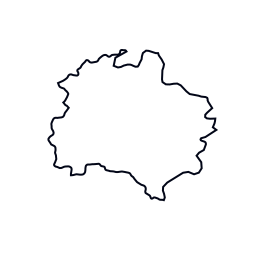 an SVG outline of Zapadno-Backi, rotated 143°
{"feature_id": "SRB-273", "entity_name": "Zapadno-Backi", "entity_type": "District", "adm_level": 1, "iso_a3": "SRB", "parent_name": "Republic of Serbia", "parent_adm1": "", "projection": "natural_earth1", "projection_center": [19.294, 45.728], "detail": "fine", "context": "isolated", "style": "outline", "palette": "ink", "viewbox_px": 256, "rotation_deg": 143, "n_neighbors": 0, "source": "natural_earth", "source_scale": "10m", "svg_char_len": 4722}
<svg xmlns="http://www.w3.org/2000/svg" viewBox="0 0 256 256"><g transform="rotate(143 128 128)"><path d="M129.5,60.8L135.4,59.8L137.8,57.0L138.8,53.8L140.4,50.4L142.8,48.8L143.3,49.4L143.8,50.0L145.2,51.1L145.7,51.6L146.0,52.1L146.5,53.5L146.9,54.2L148.4,56.4L148.8,56.7L149.1,56.9L150.8,57.0L151.2,57.1L151.6,57.3L151.8,57.6L151.9,58.0L151.9,58.3L151.4,60.1L151.3,60.7L151.4,61.3L152.9,65.1L153.0,65.3L153.0,65.7L152.9,66.0L152.7,66.4L152.5,66.8L152.0,67.3L151.2,67.9L150.7,68.4L150.2,69.1L149.8,69.9L149.7,70.5L149.7,71.2L149.8,71.8L150.0,72.4L150.3,72.9L151.5,74.6L152.2,76.4L152.9,78.2L153.3,79.3L153.4,80.8L153.5,83.5L153.4,85.5L153.5,86.0L153.9,87.2L154.0,87.8L154.0,88.4L153.8,89.9L153.8,90.4L153.9,91.0L154.3,91.6L154.7,92.2L155.7,93.3L157.1,94.9L158.9,96.8L159.8,97.4L162.2,98.7L163.3,99.4L164.2,100.2L165.5,101.8L166.2,102.5L168.3,104.3L168.5,104.6L168.9,105.2L170.2,106.8L170.7,107.4L171.0,108.1L171.0,108.6L170.3,110.5L170.2,111.0L170.4,111.5L170.6,111.8L171.6,113.0L172.0,113.4L172.3,113.9L172.4,114.5L172.4,115.8L172.5,116.3L172.8,116.9L173.3,117.3L176.4,119.2L178.2,120.5L180.3,121.7L181.5,122.6L181.9,122.9L182.7,123.3L183.1,123.3L183.6,123.3L184.1,123.2L184.7,122.9L185.7,122.0L186.1,121.6L187.3,120.1L188.2,119.2L188.7,118.7L189.3,118.4L189.8,118.2L190.3,118.0L191.0,118.0L191.7,118.0L192.2,118.2L192.7,118.4L193.3,118.8L194.5,119.7L196.9,122.0L197.9,122.5L199.9,123.3L201.3,124.1L202.0,124.6L201.2,125.7L198.7,128.1L198.1,128.7L197.7,129.3L197.4,129.9L197.3,130.5L197.4,130.9L197.7,131.8L198.0,132.4L198.4,132.9L198.9,133.4L201.3,135.0L202.4,135.5L205.0,136.1L205.8,136.5L206.6,137.1L207.1,137.9L207.9,139.4L209.1,140.9L209.2,141.3L209.4,141.9L209.4,142.6L209.1,143.2L208.6,143.6L206.7,144.6L204.0,146.3L202.0,149.6L201.4,151.5L201.2,152.0L200.9,152.4L199.3,153.8L198.9,154.3L197.9,155.8L197.7,156.3L197.6,156.9L197.6,157.5L197.7,157.9L198.4,159.4L199.0,160.6L199.2,160.9L199.2,161.5L199.0,163.1L198.9,165.4L198.8,166.1L198.5,166.6L198.2,167.1L197.8,167.3L197.4,167.5L195.9,167.9L194.6,168.0L192.3,167.8L191.8,167.9L191.4,168.0L190.9,168.4L190.4,168.8L190.1,169.3L189.8,170.1L189.6,170.7L189.4,172.6L189.3,173.2L189.1,173.7L188.9,174.1L187.8,175.6L187.0,177.0L186.7,177.4L186.4,177.7L185.2,178.5L183.0,179.7L182.0,180.1L181.5,180.2L180.9,180.2L180.4,180.1L180.0,179.9L179.6,179.7L178.1,178.4L177.6,178.2L174.9,176.6L173.9,176.2L173.5,176.1L172.9,176.1L172.1,176.3L171.2,176.7L169.9,177.7L169.3,178.0L168.8,178.2L166.9,178.7L163.2,179.8L163.5,182.7L163.6,182.9L164.1,183.7L164.2,184.2L164.3,187.3L163.2,187.4L161.8,187.7L158.2,189.3L155.5,190.9L155.2,191.2L155.0,191.6L154.9,192.2L154.9,193.4L154.9,194.0L155.2,195.5L155.3,196.1L155.3,197.4L155.4,198.0L155.7,198.5L156.9,200.2L157.2,200.8L157.6,201.6L157.7,202.2L157.6,202.9L157.6,203.4L157.0,205.3L156.8,206.0L152.9,205.1L151.5,204.8L150.6,204.7L148.9,204.6L147.2,204.6L146.4,204.7L145.7,204.9L144.3,205.6L143.6,205.8L143.0,205.8L142.6,205.8L141.7,205.4L141.1,205.0L140.7,204.4L139.8,203.1L137.7,201.0L137.0,200.5L136.4,200.4L135.8,200.5L135.3,200.8L134.9,201.3L134.6,201.8L134.3,202.5L134.2,203.8L134.0,204.2L133.8,204.5L133.5,204.7L133.1,204.9L132.5,204.9L131.8,204.9L131.0,204.8L130.3,204.8L129.7,204.8L129.1,205.0L128.0,205.6L126.5,206.1L125.7,206.3L123.2,206.6L122.4,206.7L121.3,207.1L120.8,207.2L120.3,207.1L120.0,207.0L119.7,206.7L119.2,206.0L119.1,205.6L119.0,205.1L119.0,204.3L118.9,203.8L118.5,203.0L117.9,202.3L117.1,201.8L113.3,199.9L112.7,199.8L112.3,199.7L111.7,199.8L111.1,200.0L109.7,200.7L108.9,200.8L108.1,200.9L105.7,201.0L104.1,200.9L103.4,200.7L102.9,200.5L102.1,200.0L101.8,199.7L101.5,199.3L101.3,198.8L100.8,197.1L100.6,196.7L100.3,196.4L99.9,196.1L99.5,196.0L98.9,195.9L97.4,196.0L96.8,195.9L96.2,195.6L94.2,194.4L92.3,192.9L91.9,192.7L91.4,192.5L90.8,192.4L90.1,192.5L89.7,192.7L89.2,192.9L87.7,194.2L87.1,194.4L86.6,194.3L86.2,194.2L85.7,193.8L84.7,192.8L83.5,191.9L83.2,191.3L83.1,190.9L83.2,190.3L83.2,190.0L95.8,191.7L102.0,186.3L99.6,182.4L96.9,181.0L93.8,180.4L90.2,178.9L88.1,177.3L87.2,176.1L86.5,174.7L85.2,172.5L83.3,171.2L81.4,171.8L79.6,172.9L75.8,174.7L73.7,176.9L71.0,178.9L67.0,178.9L65.0,177.1L60.7,171.0L58.9,169.7L59.7,167.4L59.9,162.4L60.8,157.3L63.4,155.0L65.7,153.5L71.6,146.3L72.8,143.9L71.5,140.1L68.5,137.7L64.8,135.8L61.9,133.8L60.2,130.3L59.3,122.1L58.3,118.0L52.2,111.3L50.6,109.0L47.4,106.0L46.6,104.4L47.0,103.2L47.8,102.1L48.2,100.5L48.8,93.2L55.6,92.6L58.3,92.1L59.8,90.3L59.2,88.2L56.9,86.0L52.6,83.0L54.5,81.0L56.2,79.6L59.8,77.5L58.6,73.3L71.6,74.2L75.7,75.8L76.9,75.3L77.2,74.4L76.7,73.3L75.1,71.0L74.8,70.0L75.0,69.0L75.7,68.0L80.7,64.8L86.1,65.5L89.9,64.6L90.1,56.6L93.4,51.5L98.3,49.7L103.1,51.3L106.2,56.6L110.9,59.1L129.5,60.8Z" fill="none" stroke="#020617" stroke-width="2"/></g></svg>